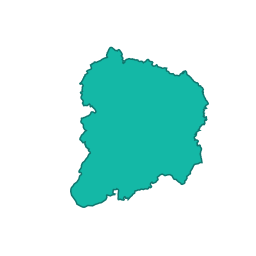 Concepción, Antioquia, Colombia, rotated 57°
{"feature_id": "7082276B2459455127895", "entity_name": "Concepción", "entity_type": "district", "adm_level": 2, "iso_a3": "COL", "parent_name": "Colombia", "parent_adm1": "Antioquia", "projection": "robinson", "projection_center": [-75.212, 6.369], "detail": "fine", "context": "isolated", "style": "filled", "palette": "teal", "viewbox_px": 256, "rotation_deg": 57, "n_neighbors": 0, "source": "geoboundaries", "source_scale": "gbopen_adm2", "svg_char_len": 5747}
<svg xmlns="http://www.w3.org/2000/svg" viewBox="0 0 256 256"><g transform="rotate(57 128 128)"><path d="M110.4,173.7L111.6,174.6L113.0,174.1L115.9,173.8L116.4,171.6L117.2,172.5L118.1,172.7L118.5,173.1L118.7,172.8L119.5,172.8L120.0,173.3L121.0,173.6L122.4,173.1L122.8,172.8L123.3,173.1L123.6,172.6L124.3,172.5L124.6,172.2L125.4,173.4L126.5,173.3L127.4,172.9L128.5,173.2L128.7,173.5L128.6,174.5L129.2,175.9L130.5,177.8L131.0,179.8L132.2,182.5L132.4,184.9L133.0,186.0L134.1,187.5L135.0,188.0L136.0,189.1L137.2,192.1L138.1,193.0L138.8,193.0L139.0,192.2L139.9,191.7L141.3,192.0L141.7,192.9L141.7,194.0L142.0,194.8L144.1,197.0L145.5,200.3L145.7,203.7L146.6,205.5L147.2,207.8L148.2,209.2L150.1,210.6L153.7,211.9L160.7,211.6L162.7,211.9L164.0,212.3L168.2,210.0L169.8,208.9L170.6,207.8L170.9,206.6L171.1,203.9L174.0,200.0L174.3,196.9L175.0,194.5L175.3,192.7L175.9,191.6L176.1,190.8L176.0,185.7L175.2,184.3L174.5,183.4L173.1,182.8L172.7,182.4L173.0,181.8L175.4,179.7L175.4,178.5L175.8,176.9L176.5,175.6L176.2,175.5L176.2,175.0L175.1,175.9L174.1,176.0L171.9,174.1L171.7,173.7L172.0,173.2L172.6,172.6L173.2,171.1L173.2,170.9L172.9,170.5L174.4,169.7L175.3,169.9L178.3,172.4L180.2,173.5L181.7,174.7L182.7,175.1L183.1,174.8L183.3,173.5L184.9,172.3L186.1,170.9L186.0,170.3L185.7,170.0L184.5,170.0L183.8,168.6L183.8,168.3L184.4,167.9L185.7,168.1L186.8,166.3L188.0,166.8L187.0,163.3L186.8,161.2L186.2,160.4L186.2,157.9L184.7,156.5L184.6,156.2L185.2,155.1L185.4,153.3L186.4,151.9L186.4,150.3L187.0,149.5L188.0,148.6L188.2,146.9L189.8,144.8L189.8,143.7L189.1,142.6L189.2,142.3L190.3,141.6L190.3,141.0L190.1,140.3L189.8,140.1L187.9,140.1L187.1,139.7L186.5,138.4L186.4,137.6L186.6,137.3L187.7,137.4L188.0,137.1L188.6,134.3L188.0,132.7L187.7,131.0L185.6,130.3L185.1,129.9L185.1,127.8L184.8,126.6L185.1,124.9L185.5,124.2L188.1,122.9L188.9,120.1L190.1,118.0L191.2,117.6L191.8,117.1L195.6,117.4L196.3,117.0L197.5,115.6L198.6,115.5L200.8,114.9L202.8,113.9L204.1,113.9L204.7,113.3L205.1,111.5L204.9,110.2L203.4,109.3L203.3,107.8L202.8,107.1L202.4,106.0L200.6,105.1L200.5,102.9L200.1,101.9L200.4,100.8L200.0,100.3L198.8,99.7L198.2,98.9L197.1,96.4L195.0,93.0L194.9,91.5L196.2,88.4L196.2,86.4L197.3,84.8L193.7,83.2L192.2,82.9L191.5,82.3L190.7,82.3L190.0,81.7L189.1,81.7L188.5,80.8L187.5,80.1L186.1,78.2L185.0,77.5L183.8,77.6L182.5,77.4L182.0,77.0L181.6,77.1L181.2,77.5L181.0,79.0L180.5,79.4L179.8,79.2L179.3,78.6L178.2,78.4L178.0,78.0L177.7,76.6L177.1,76.2L176.0,76.5L174.8,77.7L174.4,78.5L173.7,77.8L172.8,77.9L172.2,77.7L171.5,76.9L171.6,75.7L171.4,75.3L170.9,75.2L171.0,74.4L170.5,74.2L169.9,74.7L170.0,73.6L169.8,73.5L169.3,73.7L168.9,73.0L168.7,70.1L169.0,69.2L167.9,69.8L167.6,68.8L166.8,67.5L166.3,67.1L166.3,66.2L165.7,64.6L165.9,63.0L166.5,62.5L166.6,62.2L165.9,61.9L166.1,61.2L163.6,59.8L163.6,58.8L164.1,58.2L163.8,57.5L163.0,58.0L163.0,57.2L161.4,56.3L161.1,57.2L160.6,57.6L160.7,58.2L160.0,58.1L159.3,58.5L159.0,58.3L158.9,57.4L158.7,57.0L157.8,57.1L157.3,56.9L157.1,55.9L156.3,56.3L155.9,56.3L155.5,56.0L155.0,54.6L153.8,54.7L153.5,54.1L154.2,51.5L153.2,51.7L152.4,51.4L152.2,51.9L151.4,50.0L151.6,48.0L151.3,47.5L150.9,47.3L148.0,47.2L146.7,47.6L145.7,47.2L143.2,47.1L140.9,46.5L140.1,46.6L139.5,45.7L138.9,45.3L138.7,45.3L138.5,45.9L138.1,45.9L137.5,45.2L137.4,44.7L137.0,44.4L136.8,43.9L134.8,43.7L133.2,44.4L132.3,44.2L131.9,44.5L131.5,45.3L131.0,45.6L130.4,45.6L129.4,45.0L128.0,45.2L127.2,46.2L124.5,47.5L123.4,47.4L121.7,47.8L120.7,47.7L117.7,48.4L115.5,49.4L114.2,49.1L113.0,48.5L111.5,48.7L111.3,48.9L111.2,49.9L110.8,50.8L111.1,52.0L112.0,51.2L112.3,52.2L111.5,53.1L111.3,54.0L111.3,54.7L112.0,56.0L112.0,56.8L111.0,57.7L110.1,58.9L109.6,60.1L107.0,60.6L106.5,61.7L105.1,63.2L104.7,63.4L102.8,63.3L101.2,64.5L100.9,64.5L99.9,64.1L98.9,63.0L97.5,64.6L97.0,66.2L96.5,66.8L95.3,67.4L93.7,68.9L92.7,69.7L90.9,69.4L90.6,69.5L90.7,71.7L90.0,73.0L89.3,73.3L88.4,73.2L87.8,73.6L87.5,73.3L86.6,71.6L85.8,71.6L85.4,71.8L84.7,72.8L83.3,73.7L82.3,73.5L81.6,73.7L81.2,74.4L81.2,75.1L81.8,77.0L81.8,77.8L81.5,78.6L81.7,79.5L79.8,79.9L79.1,80.7L78.7,81.9L77.9,82.6L77.3,82.9L76.5,82.7L75.6,83.5L75.6,84.0L74.4,85.3L73.5,85.6L73.3,86.4L72.8,86.8L72.3,86.8L72.2,87.0L72.4,87.4L71.9,88.2L70.8,88.8L70.3,89.6L70.1,90.8L69.7,91.9L69.8,93.1L70.0,94.1L71.0,94.8L71.3,96.6L70.5,96.9L68.9,95.1L68.0,95.5L67.3,95.5L66.7,94.3L65.6,94.1L65.3,94.3L63.8,94.3L63.5,93.1L62.7,92.7L61.1,92.5L58.9,92.6L57.8,92.7L57.2,93.2L57.2,94.3L57.5,95.0L56.9,95.3L56.0,96.5L54.6,96.7L53.8,97.1L52.2,97.5L51.5,97.9L50.9,99.0L51.1,99.9L52.2,102.0L53.2,103.2L53.5,104.3L54.2,104.6L54.7,105.7L55.9,106.7L57.3,106.6L57.6,106.8L56.6,109.7L56.3,112.6L56.5,114.2L55.9,117.4L55.8,118.7L55.6,119.1L54.7,119.7L54.4,120.4L54.9,121.2L54.9,121.7L54.5,123.0L54.9,123.5L54.7,125.1L57.9,126.0L58.3,126.4L58.4,127.4L57.8,130.2L57.9,131.7L59.4,131.7L60.1,132.0L60.1,135.3L61.0,135.8L61.3,137.3L62.0,137.9L62.3,138.7L63.5,140.5L63.7,141.4L64.3,142.2L64.4,143.8L64.6,144.2L65.0,144.2L65.3,144.0L65.8,142.6L67.9,142.4L68.4,143.0L68.8,144.1L69.7,144.5L71.5,146.1L72.6,146.3L72.6,147.0L72.2,148.1L72.4,148.5L73.6,148.6L74.4,148.0L74.9,148.1L76.5,150.5L77.3,151.0L78.3,151.1L79.4,150.8L80.8,150.8L81.7,151.4L82.3,152.6L83.1,152.5L83.6,152.8L85.2,152.9L85.6,151.8L87.0,150.0L86.8,147.8L87.0,147.2L87.8,147.1L89.0,147.8L89.7,147.9L89.9,147.4L89.8,146.6L90.0,146.2L91.3,146.2L94.5,145.5L96.7,145.9L97.2,146.4L97.4,147.6L95.4,148.7L94.7,149.8L94.8,150.5L95.5,151.3L96.2,152.9L96.1,153.8L96.3,154.6L95.9,155.5L95.7,156.9L95.7,158.2L95.2,159.3L95.2,160.5L94.5,161.5L94.5,161.8L95.7,162.4L96.8,163.9L97.8,164.3L98.2,164.3L99.6,163.7L100.9,163.7L101.7,164.1L103.0,165.0L104.5,165.2L105.8,165.2L107.4,164.4L107.6,166.4L108.6,169.2L108.7,170.8L109.8,172.4L110.4,173.7Z" fill="#14b8a6" stroke="#0f766e" stroke-width="1.5"/></g></svg>